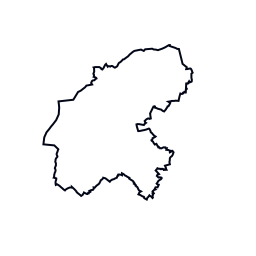 the district of Nnewi South, Anambra, Nigeria, rotated 136°
{"feature_id": "59680162B31350853830247", "entity_name": "Nnewi South", "entity_type": "district", "adm_level": 2, "iso_a3": "NGA", "parent_name": "Nigeria", "parent_adm1": "Anambra", "projection": "orthographic", "projection_center": [6.97, 5.966], "detail": "fine", "context": "isolated", "style": "outline", "palette": "ink", "viewbox_px": 256, "rotation_deg": 136, "n_neighbors": 0, "source": "geoboundaries", "source_scale": "gbopen_adm2", "svg_char_len": 5872}
<svg xmlns="http://www.w3.org/2000/svg" viewBox="0 0 256 256"><g transform="rotate(136 128 128)"><path d="M112.1,78.9L112.1,79.7L111.9,80.6L114.8,81.4L114.7,81.6L114.2,81.9L113.3,82.2L113.9,83.0L114.1,83.9L115.6,85.7L114.1,86.5L114.7,87.1L115.1,88.3L114.9,88.4L115.9,89.4L117.9,90.1L118.3,90.3L118.7,90.9L119.0,91.1L118.9,91.5L119.0,92.1L119.0,93.1L119.6,93.1L119.5,93.6L119.3,94.2L118.6,96.9L120.2,97.5L120.0,99.2L119.6,100.4L119.5,101.1L119.7,101.6L119.8,102.6L119.7,102.8L119.2,102.5L118.7,102.9L118.2,103.0L117.4,103.6L115.1,102.8L114.5,102.7L114.1,102.7L114.5,104.1L114.5,105.4L114.5,106.3L114.3,107.5L114.5,108.6L114.5,109.3L114.2,109.6L113.6,111.0L113.2,112.6L113.4,113.1L116.1,114.3L118.0,115.4L122.1,118.0L122.8,118.7L120.5,123.1L119.4,124.7L118.3,124.1L117.2,122.9L114.5,119.1L113.4,119.4L111.5,119.2L111.7,120.1L111.6,120.6L111.2,121.3L111.0,121.2L110.7,121.4L109.5,121.5L108.4,121.4L107.4,121.0L107.0,121.0L106.5,120.5L106.4,120.2L106.3,119.8L106.0,119.8L105.8,119.7L105.6,119.3L105.0,119.0L103.3,121.4L102.4,122.5L102.2,123.0L100.7,123.6L94.9,125.7L94.7,125.5L94.0,125.4L93.7,125.1L93.7,124.7L94.4,124.3L94.5,123.9L93.7,122.6L93.1,121.0L91.4,118.3L91.1,116.1L90.5,114.8L87.5,115.1L87.0,115.4L86.4,115.5L85.5,115.5L85.3,115.6L84.6,116.1L83.5,115.6L81.2,116.3L80.2,116.7L80.7,118.9L78.8,117.6L78.0,117.3L75.6,115.1L74.9,114.7L73.4,113.1L72.8,112.4L69.2,114.8L66.4,116.4L66.0,115.5L65.3,114.9L64.2,115.1L64.0,114.6L63.4,114.9L63.2,114.8L62.4,114.9L62.3,114.3L62.3,114.0L62.2,113.7L61.8,113.4L59.5,115.6L59.1,115.2L58.8,115.2L58.4,115.5L58.8,116.2L55.6,119.2L55.5,118.8L54.8,119.0L54.8,118.8L54.3,118.7L54.1,118.6L53.9,118.3L53.5,118.2L53.3,118.2L52.9,118.5L53.0,118.7L52.8,118.9L51.9,119.1L51.5,119.2L51.7,117.9L51.0,117.5L49.9,117.2L48.6,118.3L47.4,120.2L44.7,123.0L43.1,122.9L42.7,124.0L42.1,125.2L41.7,126.5L41.7,127.3L43.0,128.4L44.0,128.9L45.2,129.9L43.5,130.9L44.2,136.2L36.5,149.5L37.7,150.8L38.0,151.8L38.2,152.5L41.0,157.9L40.3,158.6L40.9,159.2L45.1,160.2L48.3,161.3L52.4,163.2L53.5,165.0L55.0,166.7L55.5,168.2L61.0,172.7L63.1,172.5L64.2,175.4L69.8,179.0L71.6,179.4L75.9,179.7L78.0,179.5L80.8,179.9L83.1,180.2L84.3,180.9L85.0,180.7L87.6,180.7L89.1,181.1L89.9,181.0L92.9,179.9L95.3,180.4L95.7,180.8L96.2,183.4L97.0,184.3L98.1,184.5L98.8,185.8L99.3,186.2L100.0,186.2L99.5,188.6L99.3,189.3L100.5,189.3L104.1,188.1L105.8,187.9L106.2,188.8L105.9,189.9L106.3,191.7L108.9,194.3L109.9,195.0L110.6,195.4L110.7,194.8L113.2,192.0L115.3,191.0L115.4,190.1L116.0,189.5L116.5,188.7L117.1,188.6L116.2,186.8L116.1,185.9L116.3,185.5L117.2,185.8L118.0,185.8L118.5,185.7L119.2,185.8L119.8,186.3L120.4,186.7L121.4,186.8L123.2,186.0L123.6,184.2L128.5,187.4L130.5,187.1L136.2,187.7L138.9,188.6L147.7,186.3L159.5,195.4L162.3,191.7L163.7,190.1L165.3,188.7L168.4,185.9L174.1,183.6L179.3,182.8L182.3,182.5L185.3,182.0L189.6,181.5L194.8,179.4L197.5,177.2L200.2,175.0L193.1,166.7L192.9,161.1L193.7,160.8L195.1,160.0L197.3,159.0L197.7,158.5L198.1,157.8L198.3,156.9L198.7,156.4L199.2,156.3L200.6,156.2L201.9,155.7L202.7,155.0L203.8,154.2L204.3,152.8L205.7,151.3L206.3,150.9L207.0,150.7L207.4,150.5L208.1,150.2L208.7,149.7L208.9,148.7L209.6,147.8L210.1,147.4L210.7,147.0L211.5,146.8L212.1,146.5L212.5,146.2L213.6,145.6L214.5,144.7L215.0,144.3L215.9,143.9L215.4,143.3L215.3,143.1L215.4,142.9L215.0,142.2L214.6,141.6L215.0,141.1L215.7,140.6L217.0,140.0L217.9,139.2L218.5,138.6L218.5,138.2L219.3,137.6L219.5,137.2L218.7,137.0L218.1,136.7L218.1,136.3L217.8,135.8L217.4,133.7L217.3,131.8L217.1,130.3L217.1,129.4L216.9,127.7L216.7,126.9L215.8,127.0L213.7,126.6L212.0,126.0L211.2,125.6L210.5,125.0L209.7,124.0L209.3,124.5L209.1,121.7L209.1,119.7L209.2,118.1L209.4,117.6L209.5,117.5L209.3,115.4L208.9,112.8L208.9,111.7L207.2,111.4L206.3,111.7L205.3,111.8L204.5,112.2L203.6,109.5L203.4,109.1L202.9,108.6L202.6,108.7L202.6,108.9L202.2,109.0L201.6,108.4L201.1,108.9L200.0,108.3L199.3,108.2L199.2,108.6L199.3,109.5L197.6,108.9L196.7,108.3L196.4,108.2L196.3,107.9L195.6,107.9L194.5,108.3L194.0,109.1L193.3,108.2L193.0,108.2L191.6,108.4L191.4,108.3L190.5,108.4L189.6,108.2L188.8,108.2L188.4,108.0L187.0,108.1L186.1,108.5L185.2,108.7L184.0,109.3L182.1,109.0L181.2,109.2L180.5,109.1L180.3,109.3L179.2,107.5L178.4,102.0L177.1,102.3L175.9,101.9L175.2,101.9L174.6,101.5L173.7,101.0L173.0,100.9L172.7,100.8L171.4,100.3L170.4,100.0L169.4,100.7L168.4,101.0L168.1,100.6L167.8,100.9L167.6,101.2L167.4,101.3L166.6,100.6L166.1,100.0L165.3,98.8L165.1,98.2L164.3,98.9L163.8,99.5L163.2,97.8L163.1,95.7L162.6,94.6L162.4,93.3L161.6,91.2L162.3,90.8L161.9,88.8L161.3,86.7L161.4,85.5L161.6,85.4L161.6,85.0L161.5,84.8L161.5,84.6L161.8,83.4L162.4,83.5L162.2,82.6L162.0,81.6L162.2,81.2L162.6,81.1L162.5,80.7L162.6,80.0L162.4,79.6L162.3,79.0L162.6,78.2L162.8,77.4L163.2,76.6L163.4,75.4L162.7,73.4L163.5,73.6L164.6,73.7L166.6,73.0L165.7,71.2L165.1,68.8L164.4,67.7L164.4,67.2L164.7,66.9L164.9,66.7L165.0,66.1L164.2,63.5L162.4,64.4L161.2,64.3L159.4,64.7L159.4,64.1L158.9,62.5L159.0,60.6L158.7,60.6L158.4,60.7L157.6,62.1L156.3,62.6L156.1,63.5L154.8,63.1L154.6,64.1L154.6,64.6L154.8,65.0L154.5,65.3L153.9,65.4L153.2,65.3L152.2,65.4L151.6,65.0L151.1,64.8L151.3,65.5L150.1,65.9L149.9,66.0L149.4,66.2L148.7,65.5L148.0,64.8L147.7,65.0L146.9,65.2L145.9,65.5L145.4,65.8L145.6,66.0L146.0,67.2L146.0,68.1L145.1,68.2L144.0,68.6L142.9,68.8L141.5,68.7L140.2,68.3L139.8,68.3L138.8,68.4L138.4,68.9L138.6,69.4L139.5,70.6L140.2,70.9L140.4,71.2L140.5,71.7L140.5,72.2L140.3,72.8L140.5,73.5L140.1,73.7L139.7,73.7L139.0,74.0L138.8,74.0L138.0,73.3L137.7,73.2L137.6,78.2L135.4,78.4L134.8,78.6L134.4,77.5L133.4,76.6L133.4,76.3L133.0,75.5L132.8,75.4L132.6,75.6L131.9,75.0L131.9,74.8L131.5,74.5L131.5,74.3L130.8,73.4L131.3,72.9L130.9,72.6L130.5,72.2L129.3,71.2L129.0,72.2L128.5,72.8L127.6,75.2L123.1,72.8L121.8,74.8L120.4,75.7L119.1,77.0L118.3,77.4L117.3,77.5L115.9,77.3L114.4,77.7L112.1,78.9Z" fill="none" stroke="#020617" stroke-width="2"/></g></svg>